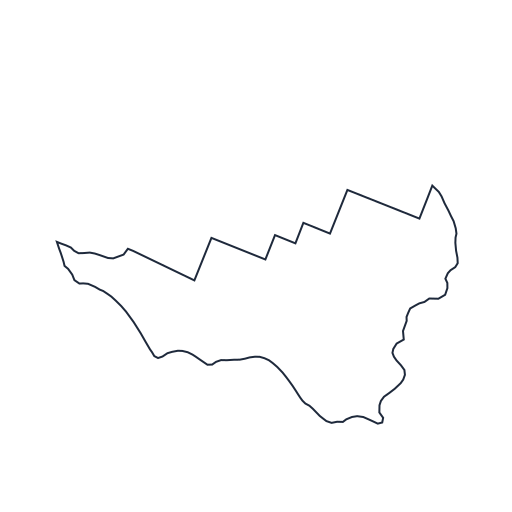 outline of Areia Branca, Rio Grande do Norte, Brazil, rotated 202°
{"feature_id": "56859067B41346782761286", "entity_name": "Areia Branca", "entity_type": "district", "adm_level": 2, "iso_a3": "BRA", "parent_name": "Brazil", "parent_adm1": "Rio Grande do Norte", "projection": "orthographic", "projection_center": [-37.037, -5.022], "detail": "fine", "context": "isolated", "style": "outline", "palette": "slate", "viewbox_px": 512, "rotation_deg": 202, "n_neighbors": 0, "source": "geoboundaries", "source_scale": "gbopen_adm2", "svg_char_len": 1952}
<svg xmlns="http://www.w3.org/2000/svg" viewBox="0 0 512 512"><g transform="rotate(202 256 256)"><path d="M445.9,194.5L441.5,189.3L438.2,185.7L435.5,182.5L432.2,178.5L429.8,175.1L425.4,173.7L419.4,169.9L415.3,165.6L409.4,164.3L405.9,165.9L401.3,167.3L393.7,167.1L388.3,166.3L384.6,166.3L379.3,165.2L375.0,164.2L369.4,162.1L362.2,159.1L355.6,155.7L344.7,148.9L334.0,141.2L326.4,135.2L319.4,129.8L316.3,127.8L312.8,125.1L308.6,124.7L305.0,127.8L301.7,132.7L297.9,135.7L292.9,138.9L288.7,140.4L283.3,141.2L277.9,140.8L274.3,140.1L269.9,139.1L266.3,138.3L260.3,137.0L256.0,138.9L253.4,142.9L249.4,146.4L243.9,148.5L237.9,151.4L232.2,153.8L227.7,156.7L223.9,159.6L219.1,162.3L214.8,163.9L209.9,164.4L205.0,164.2L200.4,163.0L194.8,161.1L187.7,157.9L182.1,154.7L178.3,152.4L173.4,149.3L168.5,145.9L165.3,143.6L162.0,141.3L158.8,139.3L155.0,137.7L150.4,137.2L146.2,135.7L142.6,134.1L137.0,131.6L133.2,130.5L128.9,129.3L123.4,129.6L118.7,132.7L113.3,134.7L111.1,138.4L106.7,142.7L102.2,145.4L96.2,146.9L89.8,146.7L85.6,146.5L80.3,146.2L76.6,148.9L77.5,153.6L83.0,157.1L85.6,163.9L85.9,168.4L84.6,173.5L81.0,179.1L77.6,184.9L74.2,192.3L73.2,196.5L73.4,201.6L75.7,205.9L80.7,209.0L86.6,211.8L90.4,214.3L93.2,217.3L93.9,221.3L92.8,227.5L87.7,233.9L91.6,241.5L92.0,252.3L93.6,255.9L93.6,260.3L93.4,265.1L89.8,269.7L86.8,273.3L82.6,276.5L79.4,281.5L70.9,284.7L66.1,290.9L66.5,297.9L68.5,302.7L71.9,305.9L71.7,311.9L70.3,315.7L67.1,320.3L66.3,324.9L68.6,329.9L72.5,335.9L76.1,342.9L77.9,347.9L78.5,351.8L81.2,356.5L85.8,362.3L90.2,366.1L94.6,370.2L100.9,375.5L106.3,380.8L110.5,383.9L118.9,387.3L118.7,373.5L118.5,351.9L196.0,351.5L195.8,304.5L200.0,304.5L224.5,304.5L224.2,282.5L246.2,282.5L246.0,256.3L304.1,256.1L304.0,210.3L371.8,214.7L377.5,214.7L379.3,207.7L387.5,200.3L392.5,198.7L401.1,198.3L406.4,197.9L411.4,196.9L417.0,194.1L421.6,192.1L426.6,192.7L430.8,194.5L436.3,194.7L441.5,194.5L445.9,194.5Z" fill="none" stroke="#1e293b" stroke-width="2"/></g></svg>